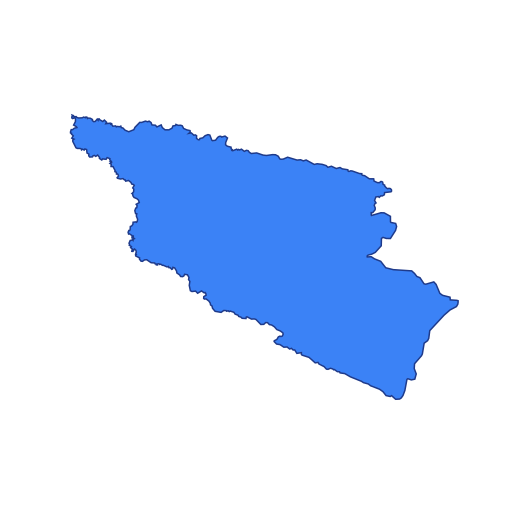 outline of Garzon, Maldonado, Uruguay, rotated 281°
{"feature_id": "84410073B70697898104121", "entity_name": "Garzon", "entity_type": "district", "adm_level": 2, "iso_a3": "URY", "parent_name": "Uruguay", "parent_adm1": "Maldonado", "projection": "natural_earth1", "projection_center": [-54.664, -34.23], "detail": "fine", "context": "isolated", "style": "filled", "palette": "blue", "viewbox_px": 512, "rotation_deg": 281, "n_neighbors": 0, "source": "geoboundaries", "source_scale": "gbopen_adm2", "svg_char_len": 6078}
<svg xmlns="http://www.w3.org/2000/svg" viewBox="0 0 512 512"><g transform="rotate(281 256 256)"><path d="M229.4,154.3L229.8,157.9L229.0,158.5L228.9,159.8L228.3,159.9L228.4,160.9L229.3,160.5L229.9,162.2L229.3,162.9L229.8,164.1L229.0,165.8L229.2,166.8L228.3,170.8L229.0,172.0L227.9,172.8L228.2,173.9L226.8,175.9L227.4,176.6L229.0,176.6L228.8,178.4L226.2,180.8L224.2,181.6L222.9,184.6L221.5,185.9L221.7,187.9L222.7,189.0L224.4,189.4L224.5,192.3L222.1,194.3L220.0,194.3L218.5,195.9L214.4,196.1L209.4,198.2L208.9,199.9L210.0,203.4L208.3,205.8L211.3,209.2L209.9,212.2L210.5,212.9L209.8,213.8L208.0,214.5L206.2,212.5L204.4,212.7L203.9,213.5L204.3,215.3L202.8,218.3L201.1,220.0L199.3,220.7L198.5,222.4L196.4,223.3L193.9,226.4L194.0,232.5L196.4,234.8L196.7,237.2L196.2,237.7L196.9,239.2L196.3,240.3L197.0,241.2L196.5,245.1L195.0,246.5L194.4,249.8L193.4,250.5L193.1,252.9L192.2,254.2L192.7,258.1L194.2,258.1L194.6,258.8L193.2,263.6L193.9,266.3L193.7,268.1L189.7,273.8L190.4,276.7L192.5,278.2L192.8,280.0L191.2,282.2L191.3,284.4L190.0,287.6L187.8,290.4L187.0,294.3L185.7,297.0L184.4,297.6L182.4,297.1L181.7,295.8L181.9,294.8L180.9,293.4L178.1,292.4L176.3,290.1L175.5,290.1L173.5,293.0L173.6,296.5L171.8,300.7L172.6,303.9L171.1,306.8L172.1,308.4L170.8,310.4L171.2,311.9L168.2,314.7L169.8,319.0L168.1,319.3L167.5,320.1L166.6,327.4L162.4,334.5L163.4,337.2L162.0,338.4L160.4,344.0L158.4,346.7L158.5,348.3L160.0,350.5L159.8,352.8L159.1,354.0L159.5,354.6L158.0,357.9L158.3,360.1L157.3,360.8L157.5,365.6L155.4,371.7L153.1,383.5L152.2,385.6L151.8,390.7L150.5,393.2L148.8,402.7L147.0,406.6L143.8,410.3L143.7,414.6L144.8,415.7L142.0,420.4L143.0,424.3L144.4,425.7L147.1,426.9L152.4,427.8L163.7,427.7L164.5,428.5L164.0,432.1L165.4,435.4L170.8,435.8L175.7,432.8L180.5,432.2L189.7,437.5L191.6,438.0L202.5,437.7L205.6,440.6L208.1,441.3L215.9,440.8L233.8,451.9L240.1,456.8L244.6,462.4L247.2,463.3L249.3,463.2L250.7,462.9L250.8,461.6L250.0,455.1L252.6,454.3L253.0,446.7L254.4,443.6L262.5,438.2L264.5,435.5L260.7,428.0L260.8,426.2L266.0,421.1L266.6,417.8L269.1,415.0L271.1,411.7L268.8,393.4L269.2,385.6L274.6,379.4L275.8,372.9L277.3,369.2L276.3,365.4L277.2,365.1L278.3,365.9L279.9,369.3L282.3,372.4L289.9,377.0L297.2,375.8L298.5,377.1L298.1,380.6L298.8,384.6L307.7,388.1L311.8,388.4L314.6,386.9L314.7,382.0L315.2,381.5L320.6,380.4L322.8,373.6L322.3,370.4L317.8,361.6L318.3,361.3L320.6,360.8L320.8,362.3L324.1,364.1L325.9,363.9L328.2,362.4L330.3,362.8L331.0,363.7L333.1,361.8L336.8,362.4L337.7,364.7L337.1,365.8L338.8,366.9L339.1,368.6L340.6,370.3L342.8,370.1L344.8,376.3L345.6,376.7L346.9,376.3L347.8,375.1L347.8,373.6L347.2,372.4L347.6,371.2L349.2,369.0L350.1,368.8L350.6,367.1L352.7,366.2L353.1,365.2L352.9,364.2L351.5,363.1L351.2,361.1L352.1,357.6L354.2,356.8L353.4,352.5L355.6,347.3L355.5,345.2L356.2,344.1L357.0,344.1L356.7,341.8L357.8,334.3L357.7,332.7L356.7,331.1L357.0,330.2L358.2,329.7L358.0,324.0L358.9,321.6L357.2,318.1L358.5,312.9L356.8,309.6L358.1,307.7L358.6,303.5L358.2,298.4L357.0,295.7L359.8,286.9L358.4,284.3L359.0,281.4L358.0,278.0L359.0,268.2L356.3,264.2L355.7,261.9L355.9,260.8L358.2,258.8L359.1,255.9L358.7,253.0L356.7,247.2L356.4,243.8L357.3,237.0L355.7,231.8L356.5,229.7L357.9,228.2L357.9,226.4L356.5,224.6L358.1,221.3L356.9,219.5L357.3,218.6L356.5,217.8L357.2,216.7L354.9,213.1L355.0,212.2L355.9,212.4L356.5,211.2L358.1,210.7L358.3,206.9L359.4,204.9L361.7,204.6L366.4,205.5L367.8,202.7L366.2,199.5L366.8,198.6L366.4,197.1L365.2,195.8L361.9,194.2L360.9,191.2L361.3,190.5L365.9,187.6L366.0,185.7L364.4,183.1L361.8,181.2L360.7,178.5L359.4,178.3L359.1,177.2L360.1,175.2L362.8,174.7L363.3,173.2L362.7,172.0L364.5,169.0L363.6,166.7L365.0,167.8L366.5,167.3L366.6,164.0L367.4,160.6L369.7,158.8L370.0,157.2L369.4,154.6L369.9,152.3L368.8,152.2L367.8,149.6L365.5,149.2L363.2,146.4L362.5,142.6L364.2,139.5L366.6,137.9L363.8,134.1L365.2,132.3L364.8,128.9L367.0,127.5L368.0,125.3L367.1,124.2L367.3,121.7L365.3,118.3L365.0,116.4L359.2,112.6L356.7,112.0L353.7,107.4L354.5,103.5L356.3,100.9L356.3,99.3L357.7,98.5L356.9,97.5L356.7,95.1L356.1,94.2L356.9,93.4L356.1,90.7L357.5,89.4L357.5,88.5L358.4,88.9L358.6,87.6L357.2,83.3L358.8,83.8L360.5,81.2L358.8,79.9L359.9,76.7L360.7,75.8L360.4,75.2L359.1,75.1L360.1,74.0L357.4,72.5L356.9,71.0L357.8,69.5L358.8,69.4L359.6,67.1L359.4,65.1L358.8,64.3L360.0,63.6L360.0,62.5L359.2,62.2L359.5,60.3L358.5,59.1L357.6,55.4L358.0,53.2L358.5,52.9L358.0,50.9L359.0,50.0L359.2,48.7L358.3,49.3L357.9,48.7L356.4,48.8L355.9,49.8L357.0,51.6L356.4,52.6L353.5,53.1L349.7,52.0L348.7,55.0L347.9,55.7L346.8,53.3L345.0,51.8L344.8,50.5L342.3,50.2L341.3,50.5L341.3,51.5L340.4,51.7L339.1,53.7L336.5,52.7L336.0,55.1L334.9,54.0L333.5,54.3L327.9,58.6L327.5,60.0L328.0,63.0L327.7,64.2L326.9,64.5L327.8,65.4L327.2,67.1L328.4,67.6L328.2,69.4L324.8,70.5L324.2,72.5L322.4,72.7L321.4,73.9L322.1,76.6L323.3,76.9L323.9,78.2L323.2,79.7L324.9,81.3L322.8,83.7L321.9,83.7L320.8,86.3L322.0,86.8L322.3,90.4L324.2,91.1L323.7,94.0L322.6,94.0L321.3,95.8L320.8,95.0L320.3,96.2L319.0,95.0L318.5,96.4L316.2,96.6L316.5,98.6L313.1,101.3L311.9,101.4L311.6,102.9L309.8,103.4L310.1,104.5L309.1,105.4L308.0,105.7L306.4,104.7L305.9,105.1L305.7,108.3L306.6,110.7L305.6,112.3L305.8,112.9L304.6,113.8L305.8,116.5L304.4,119.2L302.9,120.3L302.8,122.1L302.1,123.0L299.3,122.0L298.3,123.3L295.6,123.6L293.6,122.3L293.4,123.1L291.6,123.7L290.2,125.1L289.5,128.2L288.5,129.9L286.2,131.2L283.9,128.5L282.8,129.7L280.6,129.7L280.1,128.8L277.4,128.4L274.6,129.7L274.7,130.9L272.4,130.9L269.5,132.8L267.2,132.8L266.3,132.3L266.6,131.7L265.7,128.9L263.5,129.1L261.6,128.1L261.0,127.0L258.0,127.4L256.9,127.1L256.8,126.3L254.9,125.9L253.3,126.7L253.7,127.2L252.4,130.5L250.7,130.7L251.9,131.8L250.5,132.1L249.8,133.3L249.2,132.4L248.0,132.3L248.8,131.6L248.0,131.4L247.2,129.5L244.3,128.9L243.3,129.7L242.4,129.5L241.5,131.9L240.3,131.3L239.3,133.2L236.9,133.2L237.0,134.3L238.0,134.9L238.8,134.5L239.7,135.4L238.7,137.0L236.9,137.8L235.8,137.4L234.7,138.2L234.4,137.5L233.1,137.9L231.9,142.1L230.7,142.2L229.0,144.1L229.1,145.6L230.9,147.3L231.5,149.4L229.4,154.3Z" fill="#3b82f6" stroke="#1e3a8a" stroke-width="1.5"/></g></svg>